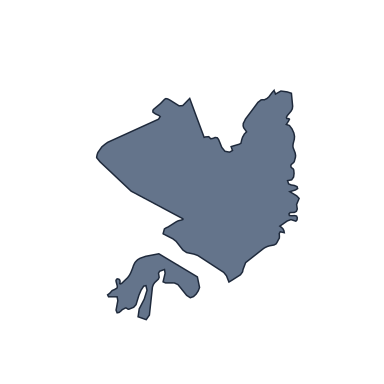 an SVG outline of Sirdaryo, rotated 42°
{"feature_id": "UZB-371", "entity_name": "Sirdaryo", "entity_type": "Region", "adm_level": 1, "iso_a3": "UZB", "parent_name": "Uzbekistan", "parent_adm1": "", "projection": "mercator", "projection_center": [68.713, 40.386], "detail": "fine", "context": "isolated", "style": "filled", "palette": "slate", "viewbox_px": 384, "rotation_deg": 42, "n_neighbors": 0, "source": "natural_earth", "source_scale": "10m", "svg_char_len": 3476}
<svg xmlns="http://www.w3.org/2000/svg" viewBox="0 0 384 384"><g transform="rotate(42 192 192)"><path d="M279.7,234.2L273.7,231.2L269.4,230.5L238.8,235.3L235.1,236.8L228.5,240.6L224.1,241.2L213.2,239.3L209.0,239.6L198.6,242.4L198.4,242.3L196.2,237.9L196.8,235.8L197.6,234.1L200.2,224.7L200.9,222.9L201.7,221.6L202.6,220.4L203.6,218.6L203.4,218.1L202.6,218.1L146.2,232.1L103.4,231.1L98.2,230.3L97.5,229.4L96.4,227.5L95.6,225.5L94.8,218.7L95.4,214.8L96.1,211.5L118.4,160.3L117.9,157.2L116.1,157.3L112.7,158.4L109.6,158.8L108.6,157.9L108.1,156.6L109.4,147.4L109.6,141.5L110.0,140.2L110.9,139.5L112.0,139.0L114.4,138.4L124.8,136.6L127.3,134.0L127.7,124.0L142.3,131.7L164.5,143.3L164.8,142.7L165.1,142.1L166.3,140.9L167.4,139.7L168.8,139.8L170.3,139.9L171.0,139.0L171.7,138.1L172.2,137.1L172.7,136.0L173.6,135.4L174.5,134.8L175.6,135.0L176.6,135.2L180.4,137.0L184.2,138.9L186.7,139.3L189.2,139.7L191.2,138.5L193.2,137.3L193.8,135.7L194.3,134.0L192.5,133.1L190.7,132.1L193.0,128.3L195.3,124.6L195.5,123.7L195.7,122.9L194.9,121.5L194.1,120.1L193.4,118.6L192.8,117.1L192.5,115.5L192.1,113.9L192.2,112.3L192.3,110.8L189.9,110.2L187.5,109.7L186.6,109.2L185.7,108.6L185.0,107.7L184.2,106.7L183.6,104.3L182.9,102.0L182.0,91.6L181.0,81.2L181.4,79.3L181.7,77.3L182.3,76.7L182.8,76.1L183.4,75.6L184.0,75.2L184.6,73.7L185.2,72.3L185.3,71.1L185.5,69.9L185.2,67.1L185.0,64.4L185.0,63.0L185.0,61.6L185.4,61.9L185.9,62.1L186.7,62.4L187.6,62.8L188.0,63.1L188.5,63.4L189.5,60.4L190.5,57.5L193.1,55.7L195.8,53.9L199.8,52.1L209.4,60.9L210.9,63.1L211.5,65.6L211.7,71.5L212.2,73.3L213.2,74.0L214.9,72.7L215.7,72.7L216.2,74.4L216.9,78.7L219.9,77.4L224.1,78.2L228.2,80.0L231.0,82.1L232.7,84.3L234.9,88.5L236.3,90.4L237.5,91.4L242.6,94.0L244.6,95.6L245.6,96.9L247.6,100.9L247.8,102.0L247.4,104.9L247.6,106.0L248.8,107.2L250.2,107.3L251.5,107.1L252.8,107.5L255.4,109.9L257.5,112.9L257.9,116.3L255.4,119.6L258.3,121.3L261.0,120.4L263.6,118.7L266.5,117.7L268.2,118.8L267.5,121.3L264.5,126.3L272.5,124.8L275.9,125.1L278.1,131.3L281.6,134.2L282.5,136.5L281.8,138.6L278.7,141.6L278.7,143.4L280.1,144.3L282.0,142.9L284.0,140.9L285.8,139.9L287.5,140.7L288.7,142.4L288.7,144.2L284.0,146.3L282.2,149.7L280.1,158.6L282.2,158.4L284.2,158.5L286.1,159.2L287.8,160.5L284.2,162.5L284.6,164.5L286.6,166.4L287.8,167.9L288.2,169.9L288.8,172.1L289.2,174.3L288.4,176.5L285.7,180.0L284.6,181.8L283.5,184.3L283.0,186.0L279.1,208.6L281.8,215.5L283.0,217.5L283.4,221.1L280.7,230.9L279.7,234.2L279.7,234.2ZM252.8,251.5L261.5,257.9L262.8,261.3L263.4,265.1L263.1,268.7L261.5,271.7L257.2,272.4L243.5,270.2L239.7,271.4L233.1,277.3L230.6,278.1L226.4,270.4L223.4,268.0L221.0,272.5L221.4,274.7L224.7,277.4L225.3,279.3L224.9,284.3L225.2,286.6L226.2,289.1L242.7,312.0L243.4,317.5L235.4,320.8L231.0,314.2L228.2,303.6L224.3,295.1L220.4,292.4L219.1,294.3L219.8,298.9L221.6,304.2L225.8,313.2L225.8,316.7L223.5,321.4L222.8,321.9L220.8,322.2L220.2,322.6L218.8,326.3L218.9,326.6L218.8,327.9L218.4,330.3L217.2,331.9L214.6,330.6L209.6,322.4L206.5,320.0L200.1,325.7L198.1,324.9L198.6,322.4L198.6,318.6L199.6,316.5L200.2,314.7L200.5,313.3L199.9,312.4L199.0,311.6L195.6,309.4L194.7,308.6L194.4,307.6L194.5,306.6L196.0,305.7L197.2,305.8L198.2,306.4L199.0,307.4L199.6,308.4L200.2,308.3L200.9,307.0L201.5,298.8L201.3,296.6L201.1,295.2L200.5,292.9L198.9,288.5L198.5,287.6L198.4,287.3L197.8,286.0L197.1,283.7L196.8,282.3L196.8,280.7L196.9,278.8L197.7,276.1L200.6,270.8L208.7,260.1L252.8,251.5Z" fill="#64748b" stroke="#1e293b" stroke-width="1.5"/></g></svg>